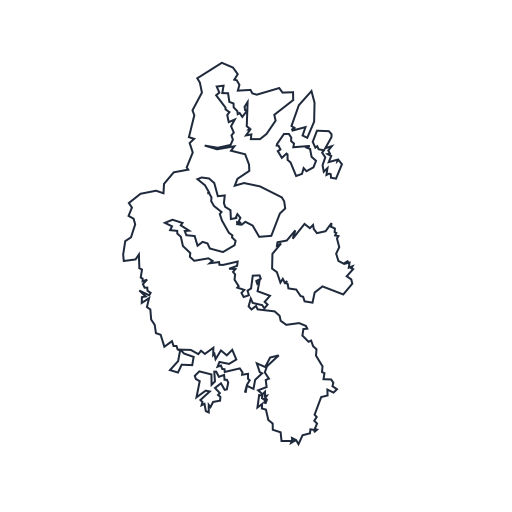 Øksnes nor, Nordland, Norway (Albers equal-area conic projection), rotated 149°
{"feature_id": "86288312B99132950125054", "entity_name": "Øksnes nor", "entity_type": "district", "adm_level": 2, "iso_a3": "NOR", "parent_name": "Norway", "parent_adm1": "Nordland", "projection": "albers", "projection_center": [15.043, 68.874], "detail": "fine", "context": "isolated", "style": "outline", "palette": "slate", "viewbox_px": 512, "rotation_deg": 149, "n_neighbors": 0, "source": "geoboundaries", "source_scale": "gbopen_adm2", "svg_char_len": 6147}
<svg xmlns="http://www.w3.org/2000/svg" viewBox="0 0 512 512"><g transform="rotate(149 256 256)"><path d="M252.3,392.4L248.7,388.3L254.7,387.0L256.9,377.3L269.8,367.6L269.6,364.9L283.4,370.1L297.7,365.2L303.0,357.4L308.0,363.4L322.9,368.8L337.7,366.9L337.4,361.4L344.6,356.0L341.7,351.0L343.3,345.3L353.5,336.4L360.4,336.1L369.1,325.7L371.9,319.8L361.0,315.1L355.6,317.6L362.3,305.6L360.7,303.1L365.9,296.9L364.8,295.0L366.2,292.8L361.5,291.8L367.4,290.2L367.8,286.2L365.5,284.9L366.9,282.1L365.3,278.7L367.8,277.3L373.8,286.5L371.3,278.1L375.0,279.5L378.1,274.6L369.4,274.9L375.8,268.4L374.1,264.6L378.6,255.5L378.3,249.2L381.5,241.4L378.3,237.6L381.3,225.4L371.9,226.3L373.0,221.3L370.5,219.8L371.3,216.2L369.7,214.1L376.9,206.0L388.5,202.5L382.9,196.3L375.7,201.1L366.9,195.3L361.4,201.6L367.9,209.4L369.1,214.7L360.3,209.1L356.0,201.6L351.9,203.1L350.3,198.4L339.8,199.3L343.8,193.1L342.0,193.6L343.8,188.4L334.7,193.1L332.2,185.9L324.7,187.8L326.2,177.4L334.7,177.4L341.9,184.0L346.0,180.9L342.5,180.2L343.1,176.5L341.3,175.2L342.5,172.7L327.8,168.0L327.5,163.3L329.1,161.4L323.5,159.1L326.1,154.8L325.4,152.7L330.0,150.3L335.2,145.3L334.7,144.8L330.7,149.5L326.6,143.4L320.5,150.3L311.2,152.3L312.6,154.5L310.6,163.6L305.3,156.1L296.2,161.7L287.7,159.1L303.4,155.8L308.4,151.7L308.1,144.2L311.5,144.7L314.4,138.2L323.4,139.8L321.6,134.1L318.2,135.0L320.5,131.3L318.6,130.7L321.3,129.5L320.6,127.2L323.4,125.0L324.4,126.0L322.5,127.9L324.1,131.0L322.5,133.0L324.9,135.2L332.8,125.4L327.0,126.0L329.5,122.3L326.6,119.2L329.9,109.1L328.0,103.8L331.1,98.4L325.7,92.2L329.4,84.3L320.7,79.0L322.2,77.7L320.7,77.7L318.9,81.5L317.2,78.7L319.1,77.7L316.4,77.3L316.5,72.8L308.4,78.4L301.1,76.2L298.6,79.4L294.7,76.1L297.0,75.0L293.1,75.7L294.7,77.5L290.0,80.9L290.9,84.8L286.9,86.7L287.5,89.8L272.8,101.5L266.5,99.6L263.6,104.7L259.9,99.0L255.2,100.1L257.5,105.0L255.0,107.5L255.2,111.5L261.6,115.6L257.7,120.3L259.2,122.5L255.8,127.2L255.9,139.7L252.2,144.9L253.5,149.2L252.3,155.1L255.1,155.4L257.2,163.9L253.0,169.0L249.5,167.3L249.2,170.3L253.6,176.3L265.5,181.4L268.2,187.7L266.6,192.5L268.5,198.9L282.1,209.4L281.7,213.2L287.4,212.5L288.3,216.6L282.4,222.2L283.0,217.5L276.0,210.7L275.8,206.8L271.1,208.4L272.2,212.2L264.5,214.7L272.8,225.0L266.1,232.5L269.2,231.6L268.6,234.4L263.6,234.1L262.9,237.5L268.9,240.8L277.0,230.7L281.1,230.7L282.3,226.0L287.7,227.2L287.5,231.8L283.5,233.0L288.3,238.5L286.4,239.1L286.6,246.7L283.4,251.0L283.9,254.2L280.4,255.4L285.6,258.9L277.3,257.3L274.6,260.7L288.8,265.3L291.9,267.3L290.8,269.8L299.4,273.6L295.8,274.2L298.0,278.5L311.4,283.7L313.1,289.3L310.8,292.4L313.5,302.2L310.5,311.2L311.9,315.7L310.6,318.1L316.3,322.4L312.7,324.7L317.0,331.3L308.9,330.1L302.0,322.2L304.7,321.0L300.3,312.2L304.2,314.1L305.0,309.7L298.3,304.7L300.8,294.9L294.5,295.6L291.1,291.8L291.7,286.2L282.3,276.4L268.8,276.3L265.7,279.5L267.0,284.3L265.6,285.8L267.3,289.9L266.9,304.0L265.4,310.6L262.9,311.5L266.3,320.6L266.1,326.3L264.0,329.1L263.8,334.1L265.4,334.7L263.5,334.7L263.3,342.9L266.6,352.0L262.2,351.3L256.3,346.6L254.2,340.0L257.9,326.9L251.6,324.0L256.3,317.8L257.1,314.0L254.3,308.4L258.5,300.6L252.5,298.4L253.6,299.3L250.4,301.5L249.7,296.8L252.9,294.6L252.1,291.5L254.7,294.8L255.8,293.0L252.2,290.2L247.5,290.8L243.2,283.8L243.4,270.8L232.5,265.4L213.7,280.1L206.5,281.7L203.7,288.3L203.7,293.0L216.8,313.7L228.7,324.7L238.0,327.2L232.2,331.7L217.9,332.4L214.9,337.9L212.9,348.8L223.2,359.1L218.1,361.2L234.4,367.5L243.1,377.1L233.1,368.5L220.6,364.3L215.9,367.6L214.9,372.0L211.5,373.2L210.5,380.1L203.9,383.9L210.4,384.8L208.0,391.7L204.7,393.0L206.6,397.4L205.7,398.9L207.4,414.3L203.3,414.9L202.4,421.5L196.1,418.7L201.0,413.0L196.1,409.9L199.5,401.8L196.7,398.3L198.6,394.9L197.4,389.8L198.6,387.0L196.4,387.0L196.1,382.3L188.9,385.1L190.2,386.7L188.9,389.8L183.9,392.3L197.1,372.0L195.8,368.7L197.4,368.2L196.0,367.3L202.4,364.5L197.4,362.6L200.2,358.8L192.4,354.1L184.1,355.2L169.5,361.9L167.6,367.6L143.8,370.5L139.9,377.3L149.1,382.4L149.6,388.0L172.3,393.9L175.4,397.3L175.2,401.2L186.4,407.1L182.1,411.2L182.0,416.5L183.8,418.3L178.0,421.3L178.7,429.4L185.8,439.2L214.8,438.6L214.8,433.6L218.2,423.9L235.4,413.6L236.4,408.4L252.3,392.4ZM201.0,178.1L187.7,182.7L186.4,186.9L188.7,191.9L179.5,194.7L180.6,196.3L178.5,197.5L182.5,198.2L179.2,202.2L182.5,203.2L179.4,204.4L184.8,204.3L187.9,209.3L186.1,216.7L180.1,220.7L177.6,229.3L175.1,230.6L177.6,232.9L175.3,234.4L176.3,236.0L174.2,238.9L176.6,242.4L174.3,245.3L183.6,241.4L192.0,244.2L192.6,249.3L191.1,253.2L195.5,252.1L197.9,258.5L215.6,251.9L209.1,257.7L221.7,253.4L230.5,256.7L232.7,254.1L228.1,253.8L240.8,249.4L248.7,236.9L246.4,231.4L248.8,220.6L244.8,222.6L245.1,218.1L242.1,218.5L244.8,217.6L243.2,215.9L244.9,211.5L238.8,206.5L238.4,198.7L236.6,196.8L237.7,192.1L231.6,186.9L224.5,194.5L214.7,195.7L201.0,178.1ZM169.1,302.7L161.1,302.4L155.5,306.7L157.3,312.4L154.5,319.9L156.7,322.7L153.3,322.7L168.0,330.0L165.5,332.8L166.7,336.5L164.8,339.3L165.0,343.7L169.2,346.2L180.2,341.2L181.4,340.0L179.9,339.0L180.2,334.7L183.3,334.7L183.3,326.8L177.1,328.1L176.7,326.8L179.4,322.1L178.2,318.4L180.4,303.9L174.3,302.7L169.9,306.8L169.1,302.7ZM377.1,146.2L373.2,152.7L372.9,149.9L367.9,153.0L361.3,150.5L359.1,153.6L360.1,156.4L357.6,157.1L359.1,164.0L351.6,164.9L351.8,157.4L349.7,156.7L345.0,161.8L344.7,164.9L346.7,166.1L344.6,170.5L350.0,171.5L349.7,177.4L351.3,178.4L355.8,169.6L360.4,168.5L355.2,177.4L364.0,186.3L370.2,184.8L370.9,181.5L368.7,177.7L379.8,165.5L368.5,166.5L365.4,163.7L377.8,161.2L377.1,158.3L379.5,156.1L376.3,155.8L378.9,148.9L377.1,146.2ZM151.2,330.9L137.0,341.2L126.9,357.2L123.5,368.8L141.6,363.2L158.6,349.2L157.1,346.0L159.8,345.9L160.1,344.7L147.2,341.0L154.0,335.3L151.2,330.9ZM147.6,281.1L135.1,290.4L135.8,295.7L137.6,295.3L136.5,296.6L145.3,299.0L140.0,303.0L142.1,306.5L139.9,305.8L139.7,309.2L134.5,311.1L141.1,312.7L130.1,319.0L128.5,321.5L129.3,325.5L139.2,332.0L148.6,324.6L149.3,318.3L147.0,318.6L147.3,315.2L143.3,311.6L146.1,310.5L145.8,304.9L152.2,299.5L154.5,293.3L149.5,294.5L153.9,289.2L150.8,288.9L149.8,287.6L151.4,284.5L147.6,281.1Z" fill="none" stroke="#1e293b" stroke-width="2"/></g></svg>